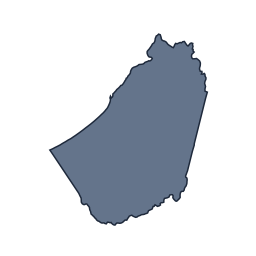 Aracruz, Espírito Santo, Brazil (Equal Earth projection), rotated 194°
{"feature_id": "56859067B44994056013366", "entity_name": "Aracruz", "entity_type": "district", "adm_level": 2, "iso_a3": "BRA", "parent_name": "Brazil", "parent_adm1": "Espírito Santo", "projection": "equal_earth", "projection_center": [-40.187, -19.781], "detail": "fine", "context": "isolated", "style": "filled", "palette": "slate", "viewbox_px": 256, "rotation_deg": 194, "n_neighbors": 0, "source": "geoboundaries", "source_scale": "gbopen_adm2", "svg_char_len": 3697}
<svg xmlns="http://www.w3.org/2000/svg" viewBox="0 0 256 256"><g transform="rotate(194 128 128)"><path d="M198.5,87.7L197.1,86.5L190.9,80.9L159.9,52.7L158.9,51.4L157.9,50.2L156.6,48.7L156.0,47.1L155.7,45.9L155.3,44.7L154.1,43.5L152.7,43.0L151.6,43.2L150.4,44.2L149.4,44.2L148.5,43.4L147.3,42.6L146.2,41.6L145.7,40.2L145.1,39.1L144.1,37.9L143.5,36.6L142.9,35.5L141.6,34.9L140.6,34.2L139.7,33.9L138.8,32.9L137.5,32.4L136.6,31.5L135.7,30.9L134.7,30.5L133.7,30.5L132.5,30.0L131.0,29.5L129.9,29.6L128.5,30.1L127.0,29.7L125.8,29.8L125.2,31.6L123.8,31.9L122.4,31.7L121.6,32.3L120.7,31.5L119.3,30.8L117.9,30.5L116.9,30.9L116.5,32.2L115.8,33.1L114.6,33.4L112.8,33.6L111.4,34.3L110.3,35.3L109.4,36.7L108.5,38.0L106.9,38.3L106.4,40.2L105.8,41.5L105.5,42.7L104.4,43.6L103.2,44.3L101.9,43.7L100.4,43.4L99.0,43.2L97.7,43.8L96.7,45.1L95.3,45.9L93.9,47.2L92.4,47.7L91.2,48.3L90.4,49.0L89.5,49.5L88.4,50.3L88.1,52.7L87.1,53.5L86.1,54.3L85.0,55.2L84.8,56.7L84.7,58.0L83.7,58.3L83.2,60.0L81.6,59.5L80.4,59.1L78.8,60.1L77.9,61.2L78.5,62.4L77.7,63.6L76.4,63.9L75.3,64.7L75.8,66.7L75.6,68.5L74.1,69.2L72.8,69.9L71.5,71.0L71.3,73.0L70.1,73.7L68.7,74.0L67.9,73.2L67.6,71.2L66.6,70.2L65.5,69.5L64.3,68.7L63.3,68.7L62.5,69.4L61.9,70.6L61.1,71.8L60.6,73.3L61.1,74.9L61.4,76.5L61.4,78.4L60.4,79.6L59.1,79.9L58.5,81.3L58.6,82.8L58.3,84.4L57.7,85.6L57.5,87.4L57.5,88.7L57.8,90.1L58.0,91.6L58.3,92.8L59.0,93.9L59.9,94.1L60.5,95.3L59.9,101.0L59.9,103.1L59.9,106.2L59.9,112.4L59.9,117.6L59.9,120.9L59.6,127.4L59.9,128.8L59.9,137.5L59.9,142.7L59.9,145.0L59.9,146.8L59.9,150.9L59.9,158.7L59.9,162.8L59.9,164.7L59.9,167.7L59.9,172.3L59.9,175.6L59.7,182.0L61.0,182.2L62.1,182.3L62.7,184.1L62.8,185.5L62.8,187.0L63.6,188.4L64.4,189.7L64.6,191.7L64.4,192.9L64.2,194.1L64.5,195.6L65.7,196.9L66.4,198.8L67.3,199.4L68.2,198.4L69.8,198.1L69.6,199.7L70.0,200.8L71.6,200.5L72.9,202.5L73.1,204.1L73.0,205.7L73.2,207.2L73.5,208.6L74.7,210.3L76.0,211.0L77.2,211.6L78.5,212.0L79.3,211.6L80.7,211.1L81.9,210.8L83.0,211.5L83.8,213.0L83.9,215.0L83.2,215.9L82.2,217.7L83.5,218.4L83.8,220.0L84.7,220.2L84.7,221.5L84.7,223.1L85.5,224.1L85.6,225.7L87.1,225.8L88.1,225.1L88.8,223.6L89.6,222.1L90.6,222.4L92.6,224.1L94.2,225.6L95.7,225.0L96.8,223.6L98.1,223.6L99.3,222.7L100.7,221.6L102.3,221.6L102.9,219.7L103.0,218.4L103.5,216.9L104.7,217.1L106.4,217.7L108.3,218.3L109.5,218.8L110.6,219.7L111.7,220.6L112.6,220.9L113.5,221.2L114.7,221.1L116.4,221.6L117.2,222.6L117.9,224.1L118.7,225.4L119.3,226.3L121.0,226.5L122.0,224.8L122.8,224.2L123.0,222.9L123.2,221.5L123.0,219.7L123.0,218.4L123.4,216.8L124.6,215.5L125.2,213.2L125.9,211.4L126.5,209.8L127.4,208.1L127.9,207.0L127.6,205.3L126.6,203.7L125.7,202.7L124.6,202.0L123.5,202.2L122.4,202.2L121.3,201.4L121.6,200.1L122.4,198.9L123.2,198.3L124.2,198.2L125.0,197.4L126.3,196.6L127.5,195.7L128.1,194.5L129.1,193.6L130.5,193.0L131.7,192.6L132.7,192.2L133.4,191.2L134.6,190.0L135.9,189.1L137.2,188.3L138.4,187.0L138.9,185.5L139.2,183.8L139.0,181.7L139.7,179.9L140.6,178.4L140.9,176.6L141.8,175.8L141.8,174.4L142.3,173.3L142.7,171.8L143.2,170.2L143.7,169.1L144.3,168.0L145.3,167.5L145.8,166.3L146.5,165.0L147.3,163.8L148.2,162.6L148.8,161.0L149.4,160.0L150.1,158.6L150.9,157.4L150.6,156.2L150.5,154.6L151.4,153.2L152.7,154.6L152.8,152.8L152.0,151.6L151.7,149.8L151.8,147.8L152.2,145.3L152.7,142.9L153.2,141.6L154.0,140.1L154.5,138.9L155.7,136.7L157.1,134.6L158.5,132.3L160.8,128.9L162.3,126.7L163.1,125.6L164.0,124.4L165.4,122.5L167.7,119.6L168.7,118.4L171.5,114.8L173.8,112.0L177.3,107.9L179.3,105.7L180.5,104.3L181.3,103.5L182.2,102.7L183.3,101.7L184.8,100.1L185.6,99.3L187.0,98.0L188.6,96.4L189.6,95.3L192.2,93.0L193.9,91.6L196.2,89.5L198.5,87.7Z" fill="#64748b" stroke="#1e293b" stroke-width="1.5"/></g></svg>